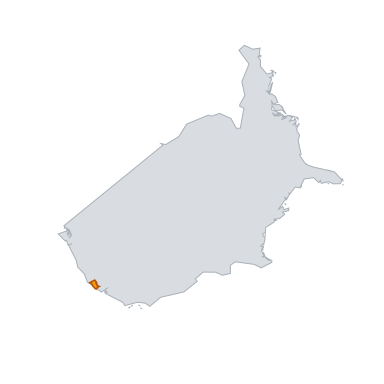 location of Mendocino, California, United States of America, rotated 330°
{"feature_id": "52423323B12422674135738", "entity_name": "Mendocino", "entity_type": "district", "adm_level": 2, "iso_a3": "USA", "parent_name": "United States of America", "parent_adm1": "California", "projection": "albers", "projection_center": [-123.414, 39.38], "detail": "fine", "context": "in_parent", "style": "filled", "palette": "amber", "viewbox_px": 384, "rotation_deg": 330, "n_neighbors": 0, "source": "geoboundaries", "source_scale": "gbopen_adm2", "svg_char_len": 4837}
<svg xmlns="http://www.w3.org/2000/svg" viewBox="0 0 384 384"><g transform="rotate(330 192 192)"><path d="M290.3,121.4L305.4,109.7L303.5,92.8L310.6,91.1L316.0,98.7L322.9,101.4L318.3,107.4L318.9,109.1L316.7,107.9L317.3,112.0L314.0,117.3L315.8,127.3L320.7,128.8L322.3,127.2L320.8,126.1L321.8,126.4L323.1,127.9L318.5,132.5L316.4,131.3L317.4,134.1L311.5,138.6L308.7,144.7L308.2,142.6L307.0,141.7L308.3,146.8L310.1,146.8L311.8,150.7L311.3,157.3L306.2,156.4L306.6,152.3L305.4,155.7L308.2,158.4L310.8,159.5L312.2,161.5L312.5,171.6L311.0,166.0L305.1,163.3L304.5,157.2L302.1,160.6L307.3,167.1L302.9,166.7L302.0,167.5L301.7,164.7L301.3,164.1L301.2,166.5L302.0,168.0L308.3,168.0L308.0,169.9L304.4,168.7L303.4,168.7L307.7,170.2L309.2,170.1L309.6,172.3L307.3,171.7L311.2,173.2L310.8,173.8L308.9,173.1L305.5,174.1L310.7,174.7L313.0,173.2L319.1,178.5L314.1,174.6L316.7,177.5L311.8,179.4L316.8,180.8L317.9,178.9L317.6,183.1L312.7,184.5L316.2,184.5L314.7,187.3L318.0,186.9L313.6,190.3L313.6,196.5L309.7,200.4L305.3,213.9L303.6,213.5L304.2,223.4L304.9,225.6L309.5,231.0L325.4,245.8L327.9,256.6L324.6,259.0L318.5,255.6L315.7,251.6L308.3,249.1L308.9,246.1L306.5,247.4L304.5,240.4L295.7,236.8L287.4,242.4L284.1,239.3L275.0,242.9L275.6,240.9L274.6,243.1L270.8,245.4L269.6,242.5L269.7,244.9L257.6,250.4L263.4,249.8L262.7,253.2L267.8,254.3L266.3,256.5L260.4,254.7L261.2,257.6L254.5,258.8L249.7,256.5L248.3,259.1L238.2,259.5L234.2,265.2L235.2,263.7L232.0,263.6L232.1,268.9L227.4,273.8L228.4,272.5L224.5,273.1L226.3,274.4L222.6,277.7L222.5,283.6L220.2,283.3L222.4,284.3L224.1,289.1L226.8,291.5L225.8,292.9L214.0,292.3L209.6,285.7L194.6,274.1L188.6,274.6L184.5,281.7L176.8,279.4L172.3,273.2L161.7,267.0L151.4,268.8L151.9,271.9L135.1,274.5L112.3,267.5L98.3,269.9L95.9,264.8L89.6,260.2L77.1,256.8L76.9,253.0L66.3,236.5L66.6,234.7L68.7,236.9L67.3,233.2L71.6,232.8L63.5,233.4L56.4,217.6L57.8,209.3L55.5,199.8L57.5,193.8L58.5,176.3L62.2,176.8L58.1,175.9L59.2,171.2L57.8,171.2L55.2,161.4L64.2,163.1L62.6,168.3L65.4,164.6L65.2,168.9L63.1,170.0L64.7,170.1L66.3,168.3L66.8,163.9L64.1,157.2L190.1,136.9L189.3,134.5L193.0,137.8L208.3,137.4L221.4,130.5L244.7,133.6L246.8,136.1L255.2,137.7L262.5,147.8L262.2,159.0L265.7,160.9L278.9,145.4L276.2,141.6L277.2,140.1L286.0,134.9L290.3,121.4ZM314.5,139.2L316.9,137.1L308.9,145.5L314.9,137.6L314.5,139.2ZM64.9,161.4L66.2,164.1L66.1,164.6L64.4,162.5L64.9,161.4ZM226.4,290.7L223.7,286.8L223.0,284.3L224.0,286.9L226.4,290.7ZM319.1,107.3L319.8,108.5L319.3,108.5L319.1,107.3ZM250.3,257.8L250.9,258.7L249.6,258.2L250.3,257.8ZM82.1,260.9L83.5,260.2L83.6,260.4L82.1,260.9ZM80.6,260.5L80.0,261.3L79.5,260.6L80.6,260.5ZM321.0,131.1L320.8,132.3L320.5,132.3L321.0,131.1ZM223.2,281.9L223.0,284.0L223.8,279.7L223.2,281.9ZM320.4,240.8L323.5,243.8L320.0,240.6L320.4,240.8ZM89.5,263.9L90.2,265.0L89.5,264.0L89.5,263.9ZM328.7,256.8L328.2,258.5L328.8,255.2L328.7,256.8ZM320.7,180.5L320.4,182.5L319.4,178.7L320.7,180.5ZM63.7,159.2L63.7,160.0L63.2,159.6L63.7,159.2ZM226.6,275.1L224.9,276.6L226.6,274.8L226.6,275.1ZM323.7,129.8L324.3,130.7L323.3,131.0L323.7,129.8ZM89.7,267.0L90.3,268.3L89.5,267.1L89.7,267.0ZM224.6,277.5L223.9,278.3L224.4,277.3L224.6,277.5ZM312.7,163.2L312.6,165.7L312.4,162.4L312.7,163.2ZM233.8,266.3L232.8,267.4L234.2,265.5L233.8,266.3ZM304.9,224.3L305.4,225.9L304.8,224.9L304.9,224.3ZM318.6,186.9L318.3,187.4L318.8,185.6L318.6,186.9ZM290.4,240.6L289.3,242.1L288.6,242.2L290.4,240.6ZM270.1,245.4L270.0,245.8L269.1,246.1L270.1,245.4ZM314.1,252.6L314.9,253.5L313.8,252.5L314.1,252.6ZM267.1,249.2L267.2,250.3L266.4,248.5L267.1,249.2ZM326.5,261.1L325.7,261.6L326.8,260.7L326.5,261.1ZM311.9,151.5L312.0,152.7L311.8,151.0L311.9,151.5ZM319.7,183.3L319.4,183.9L319.7,183.3Z" fill="#d9dde1" stroke="#a8b0b8" stroke-width="1"/><path d="M63.8,219.6L60.6,219.6L60.6,219.4L58.0,219.4L58.1,219.6L58.3,219.8L58.5,220.0L58.6,220.3L58.8,220.5L59.0,220.8L59.0,221.0L59.0,221.3L59.2,221.6L59.3,221.8L59.3,222.0L59.2,222.1L59.4,222.5L59.3,222.8L59.2,222.9L59.1,223.2L59.1,223.5L59.0,223.8L59.1,224.0L59.2,224.3L59.2,224.5L59.3,224.7L59.3,224.9L59.4,225.0L59.5,225.2L59.5,225.4L59.6,225.5L59.7,226.0L59.8,226.1L59.7,226.3L59.6,226.5L59.6,226.8L59.6,227.0L59.8,227.1L59.9,227.3L60.0,227.4L60.2,227.6L60.3,227.7L60.4,227.8L60.6,227.9L60.6,228.0L60.8,227.9L61.1,227.9L61.5,227.9L61.5,227.7L62.8,227.7L63.1,227.5L63.1,227.4L64.5,227.4L64.4,227.3L64.2,227.2L63.8,227.0L63.8,226.9L63.6,226.8L63.6,226.7L63.6,226.4L63.3,226.4L63.2,226.2L63.1,225.9L63.0,225.7L63.0,225.4L63.1,225.1L63.3,225.0L63.4,224.8L63.4,224.7L63.5,224.7L63.5,224.4L63.4,224.4L63.4,224.1L63.3,223.8L63.2,223.8L63.2,223.7L63.1,223.2L63.1,222.9L63.3,222.7L63.8,222.8L63.8,222.7L64.1,222.7L64.1,222.3L64.1,222.1L64.0,221.4L63.9,221.4L63.9,221.1L63.8,220.8L63.7,220.6L63.7,220.4L63.7,220.1L63.9,220.0L63.9,219.8L63.8,219.6L63.8,219.6Z" fill="#f59e0b" stroke="#b45309" stroke-width="1.5"/></g></svg>